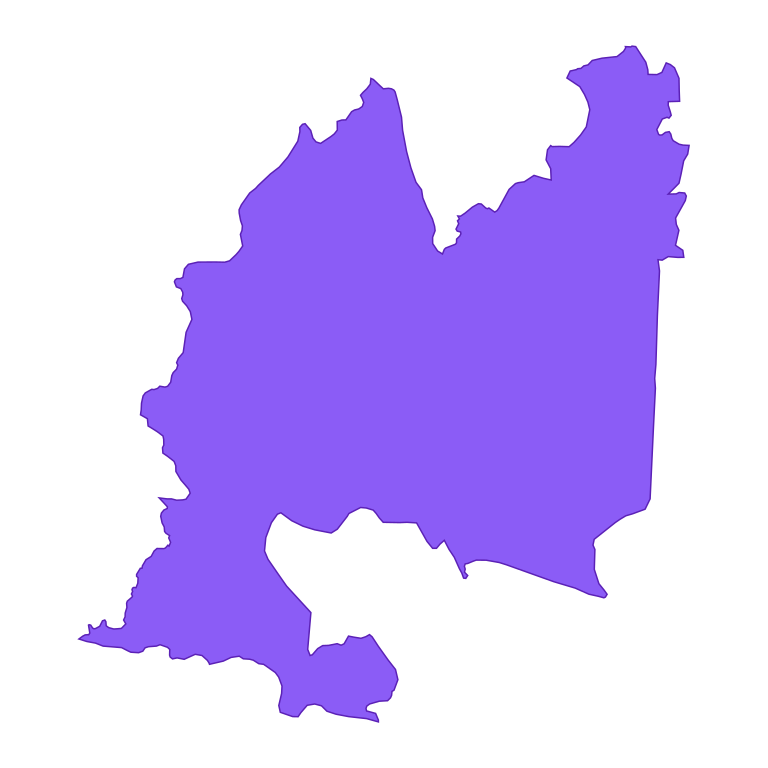 outline of Wamba, Orientale, Democratic Republic of the Congo
{"feature_id": "63176286B98159467986291", "entity_name": "Wamba", "entity_type": "district", "adm_level": 2, "iso_a3": "COD", "parent_name": "Democratic Republic of the Congo", "parent_adm1": "Orientale", "projection": "mercator", "projection_center": [27.709, 2.096], "detail": "fine", "context": "isolated", "style": "filled", "palette": "violet", "viewbox_px": 768, "rotation_deg": 0, "n_neighbors": 0, "source": "geoboundaries", "source_scale": "gbopen_adm2", "svg_char_len": 6020}
<svg xmlns="http://www.w3.org/2000/svg" viewBox="0 0 768 768"><path d="M209.5,664.3L223.3,661.1L231.1,657.4L239.3,656.2L243.3,658.8L249.6,659.2L253.3,660.2L254.1,660.7L258.8,663.7L262.7,664.2L263.6,664.3L275.3,672.5L278.7,677.1L282.0,686.0L281.6,693.5L278.8,705.5L280.3,712.3L292.7,716.6L298.1,716.7L300.9,712.6L307.2,705.3L314.7,704.0L321.5,705.8L326.9,711.2L336.0,714.2L348.6,716.6L366.6,718.6L378.4,721.9L378.4,720.1L375.6,713.4L367.6,711.2L366.6,711.0L366.0,708.6L366.7,706.2L369.6,704.0L379.3,701.2L387.6,700.7L390.5,697.8L391.6,695.3L392.0,691.4L394.0,690.2L397.9,679.7L395.5,669.5L388.1,660.0L378.2,646.1L372.1,636.8L369.5,634.6L365.8,636.7L361.0,638.3L354.1,637.2L348.5,636.1L344.1,643.8L341.1,645.2L337.2,643.7L328.5,645.4L322.7,645.6L317.7,648.6L312.3,654.8L310.1,655.5L307.7,649.4L310.9,612.6L286.6,586.1L278.2,574.1L268.0,559.3L264.5,551.0L265.8,537.6L271.4,522.7L277.4,514.2L280.9,512.8L291.7,520.7L303.0,526.2L314.7,529.8L331.2,533.0L337.3,529.2L347.2,516.4L348.9,513.5L360.6,507.5L366.3,508.0L373.2,510.1L376.2,513.5L379.3,517.9L383.2,522.3L399.7,522.6L407.0,522.3L416.6,522.9L427.0,541.4L432.6,548.3L436.5,548.3L440.0,544.1L444.3,540.3L449.1,549.5L454.3,557.3L459.4,568.7L461.8,573.1L463.6,578.1L465.8,578.4L466.3,577.6L467.7,575.5L465.7,573.4L464.5,572.2L465.2,569.1L464.4,566.3L465.2,563.9L467.6,563.5L473.2,561.2L476.3,560.1L486.2,560.2L499.2,562.5L506.5,564.8L553.8,581.7L575.2,588.1L588.9,594.2L598.4,596.3L603.9,597.8L605.4,597.1L607.1,594.3L604.1,590.1L598.9,583.7L594.3,569.4L594.9,549.5L593.0,545.1L594.2,539.3L615.2,522.6L620.0,519.3L625.8,515.8L632.6,513.8L645.1,509.2L650.1,498.9L653.5,426.4L655.4,388.2L654.7,378.5L655.9,364.5L657.4,315.3L659.5,270.9L658.0,259.7L661.9,260.1L662.3,260.1L668.2,256.6L677.9,257.4L683.8,257.3L682.8,250.3L675.5,245.3L678.9,230.3L676.3,224.4L675.6,218.0L685.3,200.6L686.3,196.0L684.7,193.0L679.1,192.5L677.7,193.2L676.2,193.9L668.2,194.1L669.5,192.8L674.7,187.6L679.0,183.2L681.1,173.9L683.7,160.8L687.7,154.1L689.1,145.4L683.1,145.1L679.1,144.2L673.2,140.7L671.8,138.3L670.8,134.1L669.2,131.7L665.4,132.4L662.1,134.9L659.8,135.1L658.6,134.4L656.8,129.6L662.3,119.0L667.0,117.3L669.0,118.1L671.2,115.3L670.3,111.8L668.2,105.2L668.3,101.7L669.3,101.6L679.6,101.3L679.2,90.0L679.0,78.3L674.5,67.8L670.4,64.6L666.2,62.9L661.9,72.4L657.0,74.6L648.1,74.4L647.8,69.7L645.8,62.2L640.6,54.2L635.7,46.6L632.0,46.1L630.8,46.9L625.4,46.6L625.7,47.7L625.2,48.7L623.5,51.4L617.0,56.6L613.9,56.9L601.9,58.2L592.2,60.5L588.0,64.9L583.8,65.9L581.0,68.4L577.7,68.7L576.4,69.6L572.1,70.6L570.2,71.0L569.5,72.5L566.9,78.0L579.8,86.6L584.5,94.5L587.9,102.1L589.8,109.7L586.3,126.9L580.6,135.0L574.0,142.4L569.1,146.7L559.5,146.4L552.1,146.6L550.7,145.6L547.5,149.8L546.1,159.9L550.7,168.7L551.2,180.0L543.5,178.3L534.0,175.4L524.3,181.8L518.2,182.7L515.4,183.6L509.1,189.4L498.9,208.1L497.1,210.6L494.7,212.1L488.9,208.0L487.5,208.7L485.8,208.1L481.3,204.0L478.4,203.7L472.4,207.1L465.1,213.1L460.5,216.2L457.8,216.0L459.4,218.9L457.5,220.8L458.7,223.7L456.0,229.1L457.2,231.1L460.6,232.0L460.9,233.8L459.8,236.0L456.6,239.1L456.5,242.8L455.5,244.2L453.2,245.1L445.7,248.0L444.3,249.4L442.5,254.0L437.6,251.0L432.7,243.6L432.6,237.3L435.1,230.7L434.6,226.3L432.4,218.9L426.8,207.7L422.8,197.9L421.9,192.0L421.5,189.7L416.0,182.3L410.9,167.8L406.6,151.6L402.6,130.3L401.5,117.1L397.2,99.6L395.1,91.9L393.9,90.1L391.5,88.8L388.5,88.3L383.3,88.8L379.6,85.4L373.4,79.5L370.9,78.4L370.3,84.2L366.8,88.8L363.0,92.4L360.5,95.3L362.3,98.8L363.7,102.4L362.3,106.5L358.6,109.0L354.5,110.0L351.6,111.7L345.9,119.9L341.9,120.0L337.2,121.5L337.3,130.1L334.3,133.9L331.0,136.5L320.6,143.4L316.0,141.9L312.9,138.1L310.7,130.4L305.1,123.7L302.5,124.3L299.8,127.4L299.9,131.6L297.8,141.2L287.9,157.0L279.3,167.1L270.5,173.9L268.1,176.2L258.4,185.3L255.6,188.4L249.7,193.0L241.4,204.8L239.1,209.7L239.2,213.1L240.6,220.6L242.4,225.8L242.0,230.4L240.4,234.4L242.7,246.0L238.9,251.4L236.1,254.6L229.6,260.8L224.7,262.2L215.0,262.0L197.9,262.1L188.4,264.3L184.5,268.8L182.9,277.4L180.4,278.6L176.9,278.6L175.2,279.9L174.4,281.8L176.4,286.9L180.8,288.6L182.5,291.8L182.7,292.2L182.9,294.8L181.7,298.6L182.6,301.3L186.7,305.8L190.3,311.6L191.9,319.4L186.1,332.3L183.2,352.6L178.4,358.3L176.6,362.7L177.8,365.1L176.6,369.1L173.2,372.6L171.8,375.6L170.7,382.2L167.6,386.3L165.0,387.1L159.8,386.2L157.6,388.4L154.0,389.6L151.8,389.3L149.6,390.5L145.3,392.9L144.6,393.9L143.1,395.9L141.5,403.2L141.2,410.0L140.5,414.8L147.4,418.7L148.1,426.0L150.5,427.4L157.3,431.7L163.0,436.0L163.7,439.4L163.8,445.1L162.5,447.7L162.9,453.1L167.3,456.1L174.1,461.4L175.8,465.8L175.9,471.5L181.0,480.1L185.1,484.8L188.8,489.2L190.2,493.2L186.0,499.2L182.6,499.9L176.6,500.2L171.6,498.9L167.2,498.9L159.2,497.9L167.4,506.8L167.2,508.5L163.9,510.0L161.4,513.1L160.7,516.4L161.1,518.1L162.1,522.9L164.2,526.9L164.6,531.5L166.1,533.4L169.6,535.6L168.7,537.9L170.6,542.3L169.9,544.1L169.0,546.1L167.9,545.2L167.2,546.0L165.5,547.9L165.4,548.0L163.9,548.6L157.0,548.5L154.1,551.0L151.2,556.4L146.0,559.7L143.2,564.5L142.7,565.3L142.5,565.6L142.0,568.2L141.6,568.2L140.3,568.3L136.6,574.4L136.6,576.3L137.7,577.3L138.1,577.7L137.8,583.2L136.4,586.7L136.0,587.7L133.9,587.4L132.6,588.1L132.0,589.6L132.2,590.3L132.6,591.6L131.4,594.0L132.5,596.0L132.0,597.1L127.3,601.2L126.7,603.0L126.6,603.4L126.9,607.5L125.6,611.7L125.2,613.1L125.1,616.8L123.6,620.0L125.8,623.9L121.4,628.4L117.0,628.8L113.8,629.0L108.9,627.7L108.1,627.2L106.2,625.8L105.9,621.7L104.8,620.0L102.5,620.8L99.7,626.3L95.6,628.5L94.0,628.8L92.9,628.2L92.6,628.0L90.7,625.1L89.1,624.7L88.5,625.1L89.8,633.1L88.7,634.7L87.6,634.7L85.1,634.9L84.0,635.5L82.8,636.1L78.9,639.0L86.8,641.5L95.5,643.1L103.1,646.1L121.6,647.6L127.6,650.7L130.8,652.2L138.6,652.7L142.8,651.2L145.1,647.8L148.5,646.7L156.4,646.1L159.3,645.0L160.0,644.7L167.5,647.3L169.8,649.5L169.7,651.1L169.6,655.2L170.2,657.1L172.5,658.9L177.1,657.9L184.2,659.3L195.2,654.3L195.8,654.4L202.0,655.5L207.4,660.4L209.1,663.1L209.2,663.5L209.5,664.3Z" fill="#8b5cf6" stroke="#5b21b6" stroke-width="1.5"/></svg>